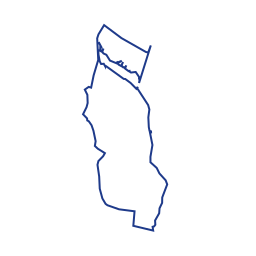 outline of Clontarf Lea-6, Dublin, Ireland, rotated 256°
{"feature_id": "5873133B49648577838284", "entity_name": "Clontarf Lea-6", "entity_type": "district", "adm_level": 2, "iso_a3": "IRL", "parent_name": "Ireland", "parent_adm1": "Dublin", "projection": "equal_earth", "projection_center": [-6.188, 53.368], "detail": "fine", "context": "isolated", "style": "outline", "palette": "blue", "viewbox_px": 256, "rotation_deg": 256, "n_neighbors": 0, "source": "geoboundaries", "source_scale": "gbopen_adm2", "svg_char_len": 1533}
<svg xmlns="http://www.w3.org/2000/svg" viewBox="0 0 256 256"><g transform="rotate(256 128 128)"><path d="M152.2,87.7L147.2,90.6L145.2,90.3L144.0,91.6L139.5,93.3L133.7,93.8L123.0,93.4L118.6,91.5L115.2,93.7L109.2,99.5L106.6,97.0L103.1,91.3L99.7,89.5L87.9,88.3L75.9,85.9L65.8,86.1L59.8,87.9L58.0,89.4L51.3,99.6L45.6,114.2L31.8,109.5L22.4,127.6L26.2,128.0L26.2,129.5L27.5,131.1L31.7,131.9L37.7,137.6L42.5,139.2L47.1,143.0L52.3,144.4L63.8,152.4L68.1,151.9L76.3,147.5L82.3,146.2L89.3,141.5L94.6,142.8L105.6,147.6L118.2,148.2L118.1,149.3L119.2,149.5L120.1,148.2L123.8,148.4L133.4,150.3L140.8,153.2L145.4,153.1L164.2,146.6L165.6,147.4L164.0,145.6L171.1,141.4L176.2,137.2L176.7,135.7L193.3,121.7L193.9,121.0L193.3,120.8L196.2,120.0L196.6,117.4L199.5,116.7L206.2,117.1L210.7,118.0L209.8,119.7L213.5,120.8L213.1,121.5L218.5,120.3L213.0,121.7L212.8,121.5L213.2,120.9L209.3,120.0L208.4,121.0L211.0,123.4L208.0,121.4L206.2,122.3L204.3,124.7L197.8,126.8L193.3,132.9L193.8,133.5L195.3,133.2L194.1,133.8L194.7,138.2L193.4,133.5L191.7,134.3L189.3,136.9L190.5,136.8L193.2,139.2L190.4,136.9L188.1,137.9L187.8,138.7L188.7,138.4L186.6,139.5L187.8,139.2L186.8,139.6L189.2,141.5L186.5,139.5L183.4,142.0L182.4,143.1L184.0,143.4L182.2,143.3L181.1,144.3L180.5,149.0L174.8,151.1L173.1,150.6L172.0,150.9L169.0,149.6L202.6,170.1L196.4,165.9L197.4,163.8L216.8,143.4L233.6,129.7L226.0,122.0L222.5,119.8L201.3,115.6L187.4,107.4L176.1,102.0L177.4,99.8L175.7,95.4L170.0,96.6L162.0,94.9L158.2,92.8L152.2,87.7Z" fill="none" stroke="#1e3a8a" stroke-width="2"/></g></svg>